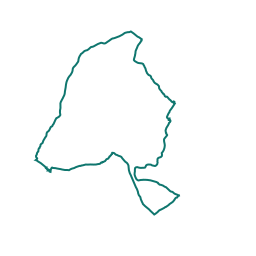 Muheza, Tanga, United Republic of Tanzania, rotated 35°
{"feature_id": "72390352B38576032693201", "entity_name": "Muheza", "entity_type": "district", "adm_level": 2, "iso_a3": "TZA", "parent_name": "United Republic of Tanzania", "parent_adm1": "Tanga", "projection": "albers", "projection_center": [38.789, -5.179], "detail": "fine", "context": "isolated", "style": "outline", "palette": "teal", "viewbox_px": 256, "rotation_deg": 35, "n_neighbors": 0, "source": "geoboundaries", "source_scale": "gbopen_adm2", "svg_char_len": 5732}
<svg xmlns="http://www.w3.org/2000/svg" viewBox="0 0 256 256"><g transform="rotate(35 128 128)"><path d="M89.1,208.6L89.7,208.4L89.1,207.2L88.6,207.0L88.4,204.9L88.3,204.6L88.4,204.1L88.6,203.9L89.2,203.9L91.8,202.4L93.1,201.9L96.7,200.2L97.6,199.9L99.3,199.1L99.8,198.9L100.7,198.4L102.4,197.2L103.9,196.4L104.5,194.9L104.8,194.4L105.5,193.3L106.7,191.9L107.1,191.3L107.5,190.4L108.3,189.2L109.7,187.3L110.4,186.5L111.0,186.2L111.4,185.4L112.2,184.7L114.4,182.1L115.6,181.4L118.2,179.4L119.7,178.4L120.3,178.0L120.8,177.7L122.7,176.3L123.9,175.0L125.2,173.8L125.7,173.0L125.7,172.0L126.6,171.3L126.7,171.0L126.5,170.5L127.3,170.0L127.4,169.6L128.2,168.2L128.2,167.9L128.3,165.9L129.4,164.3L129.2,162.9L129.4,162.5L129.4,162.3L129.2,161.8L129.5,161.2L129.5,160.7L129.7,160.0L129.5,159.2L129.9,158.5L129.3,157.4L129.5,157.2L130.5,156.7L131.3,156.5L132.2,156.7L133.3,156.8L134.5,156.4L136.1,156.2L138.1,155.6L139.1,155.5L140.7,156.1L143.8,156.9L145.2,157.2L146.9,157.2L148.1,157.5L149.8,158.4L152.9,162.0L154.5,163.3L155.7,164.2L156.6,164.6L168.5,172.0L170.0,172.7L171.1,173.4L172.9,174.7L173.7,175.6L175.4,176.8L177.7,177.5L179.6,179.2L180.9,179.9L181.4,180.3L183.3,181.3L183.8,181.7L186.8,182.2L192.0,182.6L193.8,183.0L198.1,183.6L199.1,183.8L199.4,183.1L199.7,182.4L200.2,180.7L200.5,179.8L200.5,179.3L200.9,177.3L201.2,177.0L201.4,176.4L201.7,176.1L202.5,174.6L203.6,172.4L203.8,171.6L204.1,171.0L204.3,170.9L204.5,170.6L204.8,169.6L205.4,168.0L205.6,167.1L205.6,166.7L206.6,164.1L207.1,162.6L207.1,162.1L207.3,160.5L207.2,160.3L207.1,160.1L207.2,159.3L207.1,158.9L207.2,158.0L207.3,157.7L207.8,156.9L208.1,156.7L208.0,155.4L208.2,154.6L208.8,153.9L209.0,153.5L208.2,154.1L206.2,154.5L205.1,154.8L204.5,154.9L203.9,155.1L202.6,155.0L201.1,154.8L199.8,155.4L198.7,155.5L197.8,155.4L196.7,155.2L193.1,154.7L192.0,155.0L190.6,155.1L189.6,155.1L187.5,155.7L186.3,156.3L185.2,156.1L184.7,156.0L184.4,156.1L183.9,155.7L183.1,155.9L182.4,155.9L176.4,158.0L173.3,159.6L170.1,161.7L170.0,161.9L168.2,163.3L166.6,165.0L165.8,165.2L164.3,165.1L163.0,164.4L162.1,163.9L160.2,162.5L159.2,161.0L158.6,159.7L157.8,158.6L157.2,157.6L156.8,156.6L157.2,155.5L158.1,154.7L159.4,154.3L161.0,153.6L163.9,151.4L164.6,150.7L164.6,149.6L164.3,148.3L164.7,147.2L165.5,146.3L167.7,144.9L169.2,144.8L171.8,143.7L172.2,143.3L172.5,142.5L172.7,141.0L172.0,139.2L171.2,138.5L170.7,137.5L170.0,136.6L169.9,135.6L170.5,134.3L171.5,133.1L171.8,131.7L171.3,130.5L170.0,129.2L170.1,127.5L170.0,125.9L169.4,123.8L169.0,122.8L168.1,121.1L167.0,119.9L165.3,118.3L164.2,116.9L163.9,116.0L164.2,111.9L164.1,111.3L163.3,110.9L162.4,110.7L162.0,110.0L161.3,109.7L160.7,109.0L160.1,108.3L159.4,105.9L159.2,102.7L159.1,101.6L158.7,100.4L159.0,99.1L158.8,97.9L158.3,97.5L157.9,97.5L157.5,97.1L157.2,97.4L157.2,97.9L156.8,98.1L156.6,97.8L156.6,97.5L156.9,97.2L156.7,96.9L156.5,96.6L156.2,97.1L156.3,97.4L156.1,97.6L155.6,97.1L155.4,97.1L155.0,97.2L154.3,97.2L154.0,97.0L153.6,96.7L153.4,95.9L152.9,93.3L152.8,92.4L152.9,91.4L152.5,90.5L152.4,89.5L152.5,86.6L152.4,83.6L152.3,81.2L151.6,81.3L151.4,80.7L151.3,80.2L151.1,80.0L150.2,80.0L150.0,80.4L150.0,80.9L149.8,81.3L149.5,81.4L148.3,81.3L147.4,81.0L146.3,80.8L145.7,80.9L142.2,80.0L141.7,80.1L141.2,80.7L140.0,80.8L139.6,80.6L139.1,80.2L137.8,79.6L137.1,79.8L136.6,79.5L135.1,79.2L134.6,78.9L134.2,78.6L133.0,78.4L131.1,77.8L130.7,77.5L130.3,77.1L130.0,76.7L129.3,76.0L128.8,75.8L128.2,75.7L127.2,75.5L126.6,75.5L126.1,75.7L125.6,75.6L124.4,75.7L123.6,75.6L122.8,75.3L122.1,75.1L121.6,74.6L120.8,74.3L119.2,74.0L118.1,73.5L117.6,72.9L116.5,72.4L115.4,72.5L114.8,72.7L114.2,72.7L112.7,72.3L111.8,72.0L111.4,71.6L110.1,70.9L108.1,69.2L106.4,68.4L105.6,67.8L104.7,67.5L104.2,67.1L103.6,66.9L102.4,67.1L99.8,68.5L98.9,68.9L97.8,69.1L95.0,69.3L93.8,68.9L93.3,67.9L93.0,67.1L92.9,66.7L92.1,64.4L91.7,63.8L91.5,63.1L90.1,60.6L89.6,58.3L89.5,57.6L88.9,55.2L88.8,53.5L89.0,51.7L88.9,51.1L89.0,50.5L88.8,49.2L89.0,48.8L89.0,48.6L88.6,48.4L88.3,48.0L88.2,47.8L88.3,47.6L88.3,47.4L84.9,47.4L83.4,47.7L78.4,47.3L75.0,47.3L74.8,47.7L74.1,48.7L72.7,49.8L71.2,51.5L70.8,52.1L69.9,54.7L68.3,57.8L65.5,61.9L64.6,63.0L64.1,63.4L63.8,63.9L63.5,64.4L63.0,65.9L62.8,66.3L62.7,66.7L62.3,67.9L61.9,68.8L61.2,70.8L60.7,71.8L60.2,72.3L59.7,72.6L57.7,73.3L57.0,73.7L55.2,76.4L53.0,80.9L52.3,81.9L51.6,82.5L51.2,83.1L50.5,86.2L49.9,87.7L49.1,88.6L48.2,89.9L47.6,92.8L47.2,93.9L47.0,94.5L47.2,95.9L47.2,97.0L47.6,98.9L48.1,100.1L49.0,101.9L49.1,102.4L49.1,105.6L49.0,107.1L48.6,109.2L48.6,110.2L48.7,110.9L49.8,113.1L50.1,114.0L50.3,115.0L50.5,117.6L50.3,118.9L50.3,119.8L50.3,121.2L50.9,124.3L51.3,125.7L52.3,128.0L53.7,130.6L55.4,134.3L56.2,135.7L56.8,137.1L57.1,138.5L57.3,140.0L57.5,141.0L57.7,143.0L57.9,144.0L57.9,144.7L58.1,145.4L58.5,146.6L59.6,148.1L60.0,148.7L60.9,149.9L61.6,151.1L62.2,152.6L62.7,153.2L63.0,153.9L63.8,154.8L64.9,155.9L65.1,156.2L65.1,158.1L64.9,158.4L64.3,160.0L63.7,161.0L63.8,162.6L64.7,167.3L64.7,167.8L64.6,168.3L64.8,169.5L64.9,169.9L64.6,170.7L64.3,171.1L64.2,171.9L64.7,174.4L64.7,175.3L64.7,176.1L64.2,177.6L64.3,178.6L64.4,179.0L65.4,180.8L65.6,181.3L65.7,182.0L65.6,183.1L65.7,184.3L65.9,186.9L66.6,189.2L66.4,189.9L66.0,191.0L66.0,192.0L66.6,193.0L66.7,194.2L67.0,195.1L66.7,195.7L66.9,196.7L68.0,198.8L67.8,199.3L67.8,200.2L67.9,200.8L68.1,201.1L68.2,201.6L68.5,202.0L68.6,203.5L69.1,204.2L69.6,204.6L70.9,204.9L71.2,205.2L71.2,206.0L70.9,207.0L71.1,206.9L71.5,207.1L72.2,206.9L73.5,207.0L76.7,206.8L82.1,207.2L82.9,207.4L83.7,207.1L83.6,207.9L83.9,208.0L84.8,207.8L85.3,208.2L85.9,208.3L86.4,208.5L86.5,208.7L86.8,208.2L86.7,207.9L86.4,207.7L87.0,207.6L87.2,207.9L87.4,208.4L87.5,208.4L88.5,208.5L88.6,208.3L88.5,208.2L88.6,207.9L89.0,208.3L89.1,208.6Z" fill="none" stroke="#0f766e" stroke-width="2"/></g></svg>